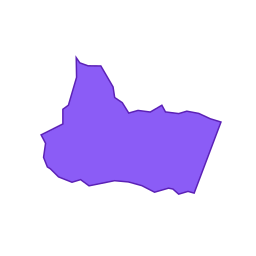 Crockett, Tennessee, United States of America (Equal Earth projection), rotated 340°
{"feature_id": "52423323B19626244489091", "entity_name": "Crockett", "entity_type": "district", "adm_level": 2, "iso_a3": "USA", "parent_name": "United States of America", "parent_adm1": "Tennessee", "projection": "equal_earth", "projection_center": [-89.156, 35.835], "detail": "fine", "context": "isolated", "style": "filled", "palette": "violet", "viewbox_px": 256, "rotation_deg": 340, "n_neighbors": 0, "source": "geoboundaries", "source_scale": "gbopen_adm2", "svg_char_len": 627}
<svg xmlns="http://www.w3.org/2000/svg" viewBox="0 0 256 256"><g transform="rotate(340 128 128)"><path d="M44.0,104.7L45.3,114.2L38.6,126.7L38.9,137.0L41.1,139.8L46.0,150.2L56.8,159.8L65.8,160.3L71.6,169.0L97.3,172.9L109.9,178.8L121.3,186.9L131.0,197.4L145.5,198.4L149.3,200.7L153.0,207.5L162.7,208.1L167.9,211.8L217.4,154.2L208.4,147.4L199.5,138.5L189.0,132.3L180.6,131.8L168.7,125.7L167.6,118.2L154.4,120.6L143.4,114.9L133.8,114.2L131.3,102.3L125.9,94.8L128.0,84.3L123.7,60.4L111.7,55.9L105.0,50.3L103.4,44.2L97.0,62.8L79.8,86.2L73.2,88.1L68.2,101.9L44.0,104.7Z" fill="#8b5cf6" stroke="#5b21b6" stroke-width="1.5"/></g></svg>